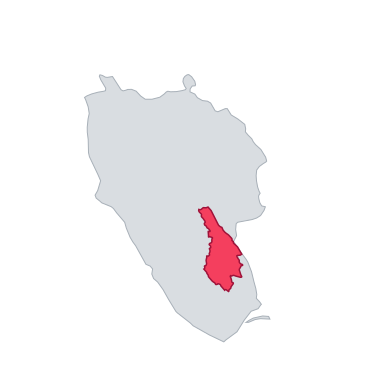 location of Taurages within Lithuania, rotated 235°
{"feature_id": "LTU-1073", "entity_name": "Taurages", "entity_type": "County", "adm_level": 1, "iso_a3": "LTU", "parent_name": "Lithuania", "parent_adm1": "", "projection": "natural_earth1", "projection_center": [22.565, 55.372], "detail": "fine", "context": "in_parent", "style": "filled", "palette": "rose", "viewbox_px": 384, "rotation_deg": 235, "n_neighbors": 0, "source": "natural_earth", "source_scale": "10m", "svg_char_len": 4795}
<svg xmlns="http://www.w3.org/2000/svg" viewBox="0 0 384 384"><g transform="rotate(235 192 192)"><path d="M137.8,243.6L135.6,240.4L133.4,234.7L133.6,230.1L134.9,225.6L141.0,212.1L140.7,210.0L136.2,206.2L130.7,203.5L127.6,197.7L116.4,197.4L105.8,197.7L102.5,197.5L92.5,195.0L82.8,191.2L76.3,188.9L70.9,186.3L68.0,183.7L63.3,184.4L60.2,184.4L60.2,183.9L58.5,179.2L60.4,172.0L57.1,161.4L51.7,148.7L51.4,135.1L51.0,132.1L64.6,124.4L81.7,116.2L85.6,115.5L101.3,110.7L103.4,110.3L117.5,111.2L128.6,112.3L138.0,112.2L143.1,110.9L147.8,112.0L151.6,115.6L155.4,115.2L159.2,112.8L180.2,115.0L184.9,114.9L190.3,115.3L200.1,117.5L205.8,119.5L218.2,118.3L223.5,118.2L226.3,117.4L234.8,111.9L238.5,111.0L241.9,110.0L245.0,110.8L247.2,115.5L253.6,123.6L260.5,125.0L279.7,128.2L283.6,129.8L294.4,137.0L301.0,140.5L305.1,143.3L311.5,148.8L315.2,152.8L321.3,155.8L328.5,157.8L331.1,158.2L331.0,161.1L329.9,166.0L327.6,172.4L325.2,177.4L324.6,179.3L326.6,180.9L336.0,181.6L340.0,182.5L340.8,183.8L338.8,185.5L335.8,186.9L334.5,188.3L332.2,193.1L316.5,192.5L314.4,193.5L313.5,195.7L312.8,198.3L310.7,201.4L306.6,204.1L300.1,205.0L294.8,206.9L290.9,212.5L288.1,220.0L288.2,225.4L288.7,228.3L288.4,230.0L286.4,231.9L283.2,236.8L280.6,242.3L279.6,245.3L280.1,246.6L283.1,246.7L287.5,247.8L289.9,250.0L290.8,252.5L290.8,255.2L290.0,256.7L286.6,257.8L281.1,257.8L277.9,256.5L277.2,255.5L278.7,252.9L277.5,249.6L275.2,247.8L270.6,250.5L266.2,250.5L260.9,253.0L257.5,256.8L254.2,258.3L245.2,257.5L242.9,259.2L241.2,267.1L240.1,268.7L232.6,268.3L225.3,271.5L217.1,274.0L213.0,272.2L210.6,270.2L206.2,270.6L201.3,271.5L198.0,271.0L194.4,271.2L187.3,272.8L178.3,272.3L174.5,270.9L174.2,269.7L174.4,266.6L174.3,261.8L172.9,257.6L168.6,253.9L164.1,251.2L158.4,248.6L154.2,247.4L151.9,247.1L151.3,245.5L150.5,244.2L148.5,243.0L144.3,241.4L140.7,241.1L137.8,243.6ZM46.1,183.4L43.2,182.9L49.0,175.4L51.3,170.6L52.8,163.6L54.2,161.5L54.2,164.6L53.6,169.8L49.9,178.8L46.1,183.4Z" fill="#d9dde1" stroke="#a8b0b8" stroke-width="1"/><path d="M127.8,197.4L127.5,197.2L126.3,196.7L121.0,197.8L112.5,197.1L112.6,195.6L112.6,195.2L113.2,194.3L113.4,193.6L113.8,193.2L114.0,192.8L114.0,192.1L113.1,191.7L112.6,191.7L112.2,191.7L111.8,191.7L111.4,191.5L110.9,191.5L109.8,191.6L109.3,191.6L108.7,191.4L107.8,190.7L107.3,190.5L106.8,190.4L105.5,190.6L105.1,190.7L104.2,191.4L103.6,191.7L103.1,191.6L102.9,191.3L103.2,190.2L103.3,189.9L103.2,189.5L102.4,188.3L101.8,186.8L101.5,186.4L101.0,186.0L96.2,184.5L94.6,184.3L94.0,184.1L93.9,183.6L94.4,182.7L98.2,179.5L99.0,179.0L99.7,178.4L100.1,177.9L100.5,176.1L101.3,175.7L101.2,175.2L100.8,174.8L99.1,174.5L97.1,173.8L96.0,173.2L95.6,173.0L95.1,173.0L94.2,173.6L93.7,173.6L93.2,173.2L92.1,170.0L91.9,169.5L91.2,168.9L90.9,168.4L90.6,166.3L90.4,165.9L89.7,165.5L89.6,164.8L92.2,164.0L92.6,163.8L92.9,163.3L93.0,163.0L92.8,162.4L98.5,161.8L99.2,162.0L99.9,162.1L100.4,161.9L101.6,161.0L101.9,160.7L102.0,160.4L101.9,160.0L101.9,159.7L102.1,159.2L102.3,158.8L102.5,158.5L102.7,158.4L103.1,158.4L103.7,158.5L104.4,158.5L105.0,158.4L105.9,157.9L107.7,157.4L111.8,157.0L113.1,156.9L114.6,157.5L115.2,157.6L116.5,157.5L117.0,157.6L117.6,157.9L118.2,157.9L122.1,157.5L122.1,158.1L122.1,158.4L122.4,158.8L123.0,159.3L124.0,159.6L124.2,159.9L124.1,160.3L123.9,160.7L123.8,161.0L123.9,161.4L124.4,162.2L124.7,162.7L125.4,163.1L127.7,164.2L128.3,164.7L130.2,166.8L130.7,167.0L131.1,167.3L131.1,167.5L130.1,168.7L130.4,170.3L131.6,170.7L132.7,172.3L133.3,172.9L134.3,173.4L135.4,173.6L135.7,173.8L135.8,174.2L135.6,174.8L135.7,175.4L136.8,176.1L137.1,176.2L137.7,176.2L138.5,175.9L138.9,175.9L139.3,176.1L139.6,176.6L139.7,177.1L139.6,177.6L139.4,178.6L139.5,179.0L139.7,179.5L140.2,180.0L141.2,180.6L142.1,181.4L142.3,181.7L142.4,182.1L142.6,182.4L142.9,182.5L143.4,182.3L143.7,182.1L143.9,181.8L144.1,181.7L144.3,181.6L144.6,181.4L144.8,181.3L144.9,181.0L145.0,180.9L145.3,180.8L145.4,180.7L145.5,180.5L145.5,180.3L145.5,180.1L145.5,179.9L145.8,179.8L146.1,180.0L146.8,180.5L150.2,182.5L150.4,182.7L150.3,183.0L149.6,183.5L149.4,183.9L149.5,184.3L150.0,184.6L151.3,184.6L152.8,184.4L153.0,184.3L153.4,184.0L153.7,183.9L154.1,183.8L154.6,183.9L155.3,184.0L156.3,184.0L156.8,183.8L157.2,183.7L157.4,183.5L157.8,183.5L158.3,183.6L159.2,184.1L159.4,184.6L159.6,185.4L159.9,185.6L160.9,185.9L164.1,185.9L166.1,185.6L166.7,185.7L167.5,186.3L167.8,186.7L168.2,186.9L168.6,187.0L171.5,186.5L172.8,186.7L173.8,187.6L172.9,188.4L172.6,189.0L172.5,189.6L172.6,190.8L172.7,191.5L172.7,192.1L172.5,192.6L171.9,193.3L171.0,194.5L170.5,196.5L165.8,197.0L149.7,194.7L148.1,195.0L147.1,195.4L146.5,195.8L145.8,196.2L143.0,195.6L140.5,195.8L137.9,196.5L137.4,196.8L135.8,197.3L131.5,197.9L130.9,197.9L130.6,197.8L129.7,197.3L129.3,196.9L127.8,197.4L127.8,197.4Z" fill="#f43f5e" stroke="#9f1239" stroke-width="1.5"/></g></svg>